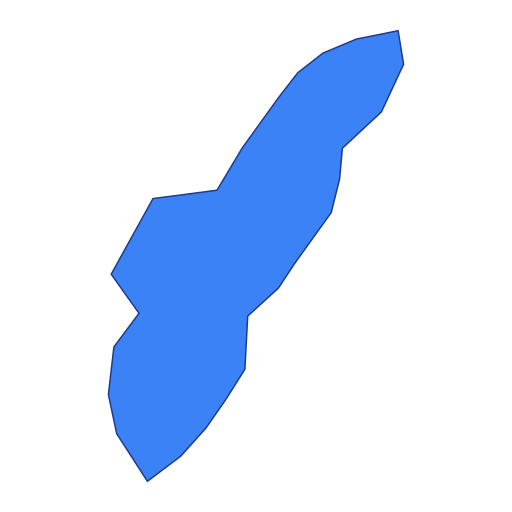 Fikardou, Nicosia, Cyprus (Albers equal-area conic projection)
{"feature_id": "46923920B91359939250801", "entity_name": "Fikardou", "entity_type": "district", "adm_level": 2, "iso_a3": "CYP", "parent_name": "Cyprus", "parent_adm1": "Nicosia", "projection": "albers", "projection_center": [33.185, 34.974], "detail": "fine", "context": "isolated", "style": "filled", "palette": "blue", "viewbox_px": 512, "rotation_deg": 0, "n_neighbors": 0, "source": "geoboundaries", "source_scale": "gbopen_adm2", "svg_char_len": 486}
<svg xmlns="http://www.w3.org/2000/svg" viewBox="0 0 512 512"><path d="M331.2,212.6L339.6,179.0L342.4,148.2L381.4,111.9L403.6,64.3L398.1,30.7L356.3,39.1L322.9,53.1L297.8,72.7L278.3,97.9L242.1,148.2L217.0,190.2L166.5,196.8L153.0,198.6L125.1,249.0L111.2,274.2L139.0,313.3L113.9,346.9L108.4,394.5L116.7,433.7L147.4,481.3L180.8,456.1L205.9,428.1L225.4,400.1L244.9,369.3L247.7,316.1L278.3,288.2L295.0,263.0L316.3,233.3L331.2,212.6Z" fill="#3b82f6" stroke="#1e3a8a" stroke-width="1.5"/></svg>